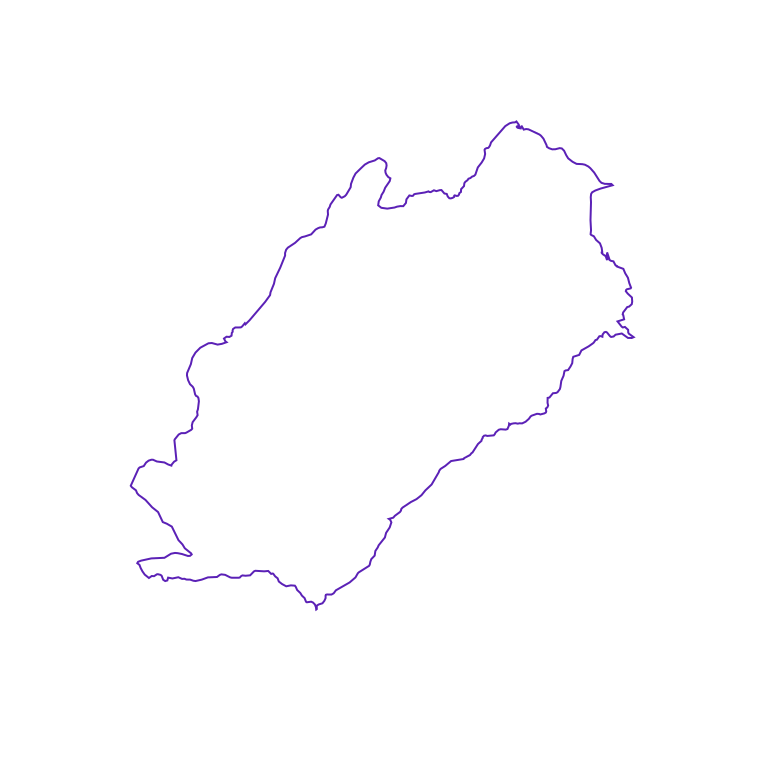 Sibaté, Cundinamarca, Colombia (Mercator projection), rotated 38°
{"feature_id": "7082276B14129572791047", "entity_name": "Sibaté", "entity_type": "district", "adm_level": 2, "iso_a3": "COL", "parent_name": "Colombia", "parent_adm1": "Cundinamarca", "projection": "mercator", "projection_center": [-74.26, 4.462], "detail": "fine", "context": "isolated", "style": "outline", "palette": "violet", "viewbox_px": 768, "rotation_deg": 38, "n_neighbors": 0, "source": "geoboundaries", "source_scale": "gbopen_adm2", "svg_char_len": 6112}
<svg xmlns="http://www.w3.org/2000/svg" viewBox="0 0 768 768"><g transform="rotate(38 384 384)"><path d="M469.4,603.4L469.6,602.7L468.0,600.8L467.6,599.7L468.3,597.9L470.5,594.7L470.5,591.6L469.8,588.7L468.3,586.8L468.0,585.9L468.6,585.0L472.2,582.3L472.9,580.7L473.2,579.8L473.1,576.2L479.1,561.5L480.6,554.0L479.9,549.2L480.1,547.9L484.2,536.5L484.0,535.1L482.7,532.5L481.8,529.8L482.3,525.0L480.0,520.9L479.7,516.7L479.1,514.4L479.2,504.4L477.3,500.0L476.8,493.5L475.0,488.5L472.5,487.2L470.9,487.3L473.6,483.6L473.7,481.2L475.4,475.0L475.3,473.3L474.6,472.0L474.7,470.0L477.8,460.6L480.5,454.7L482.0,448.5L482.1,442.3L483.4,433.9L481.5,419.9L480.9,418.1L480.9,416.0L482.7,410.9L484.3,403.4L492.9,394.1L492.8,393.1L495.5,387.0L495.5,384.7L495.9,383.5L495.0,373.4L495.8,368.8L495.2,367.6L495.0,365.8L494.5,365.1L494.7,363.1L495.8,361.9L497.3,361.4L502.1,356.9L502.2,355.5L501.8,353.4L502.6,349.4L503.8,347.8L508.0,345.0L509.0,343.5L508.1,340.0L507.0,338.2L508.6,338.2L508.7,337.2L510.4,335.2L511.8,333.9L513.8,332.9L515.0,331.5L517.1,330.0L518.8,326.6L519.6,322.3L519.5,319.3L519.9,318.0L522.9,313.3L524.7,312.1L525.9,311.8L528.5,308.4L529.1,306.8L528.7,305.7L526.6,303.7L527.1,302.0L526.6,299.9L524.5,298.2L521.5,294.2L522.7,292.8L522.8,287.3L525.1,285.1L525.8,283.7L525.7,279.7L524.9,277.8L521.8,272.4L520.4,266.9L518.3,262.8L518.7,261.6L520.5,259.7L520.2,255.5L519.5,251.7L517.2,248.1L516.4,246.0L519.9,240.9L518.9,236.0L522.1,228.3L523.6,223.3L523.8,222.2L523.6,219.2L524.5,218.0L524.3,213.8L525.2,212.9L527.0,212.3L525.8,210.4L525.8,207.5L526.8,206.3L528.0,206.1L532.8,207.2L534.0,207.1L535.7,205.2L536.1,202.6L540.3,197.8L547.9,197.5L550.9,195.2L551.9,193.4L546.0,193.6L544.8,193.1L543.0,191.0L538.7,190.7L537.4,192.4L536.0,192.5L529.5,190.9L533.4,185.2L530.1,182.4L529.3,182.3L528.4,180.4L528.3,173.6L529.5,172.1L530.1,168.6L528.9,166.3L526.1,163.2L520.3,162.7L517.4,162.0L516.9,160.8L517.1,159.8L519.5,156.8L519.4,156.0L515.2,153.5L510.8,150.1L506.0,148.3L501.7,145.9L495.3,148.0L495.0,148.0L494.9,147.6L493.3,147.9L489.3,146.1L487.0,147.2L485.5,147.4L479.5,143.4L479.3,143.7L479.8,144.2L480.4,146.5L481.6,146.7L482.8,147.7L483.2,148.2L482.8,148.6L480.0,146.8L476.6,147.0L474.9,146.7L474.5,146.3L474.8,145.7L471.7,142.7L467.6,140.2L462.5,139.9L458.4,138.4L455.5,139.0L454.6,138.8L452.5,135.4L445.8,127.7L435.2,113.3L431.9,109.5L430.2,106.7L430.0,104.8L431.4,101.4L434.4,96.6L441.8,86.6L439.9,86.4L434.9,90.3L431.5,91.6L428.8,91.3L419.5,88.0L413.7,86.9L411.1,86.8L407.3,87.5L404.9,88.7L400.2,92.0L395.8,92.8L390.2,92.8L386.7,91.5L382.3,89.3L379.1,88.9L377.2,90.0L374.5,93.5L372.1,95.5L368.9,96.6L366.4,96.8L365.0,95.7L358.6,92.5L354.8,91.7L352.9,91.7L341.0,94.4L339.0,95.6L337.5,97.5L333.9,96.1L333.6,96.6L334.4,98.4L331.9,99.7L331.0,99.8L330.3,99.6L330.3,98.8L331.7,97.7L330.6,96.7L326.7,95.6L326.2,97.1L324.2,98.9L322.5,101.2L320.8,106.1L319.6,127.7L320.7,130.8L320.9,133.1L320.7,133.9L319.5,135.1L318.9,136.6L319.1,137.6L322.1,140.5L324.0,144.6L324.6,149.3L324.6,155.6L327.1,162.8L326.8,164.7L325.7,166.4L325.3,168.5L324.2,170.2L324.3,172.1L323.6,174.6L323.7,176.3L325.2,178.8L324.8,183.0L326.4,185.3L325.9,187.3L326.5,188.6L326.5,190.0L325.6,191.0L323.6,191.8L323.4,192.3L324.1,193.4L323.5,195.0L322.4,196.6L321.1,197.4L318.8,197.0L316.4,195.6L314.3,196.7L309.9,195.8L308.7,196.8L306.5,199.8L304.1,200.6L302.7,204.0L301.5,204.8L300.5,204.8L298.3,207.9L291.5,215.1L290.9,216.1L291.0,217.7L290.3,218.6L287.9,219.8L288.0,224.7L289.8,227.8L289.7,232.0L287.4,233.7L285.1,236.2L283.7,238.4L278.6,243.8L273.4,246.8L269.4,246.8L267.4,243.3L266.7,239.0L265.7,236.6L265.3,232.7L264.1,228.6L263.6,220.6L262.4,218.0L260.0,218.3L257.1,217.6L255.1,216.5L253.5,214.9L252.8,212.6L251.5,210.2L249.8,208.6L247.3,208.0L241.3,208.8L240.3,209.8L239.1,213.5L235.5,218.7L233.8,222.9L233.0,228.2L232.0,235.6L232.8,240.2L234.8,246.6L236.6,249.5L237.7,258.1L237.5,260.2L236.1,263.2L234.9,263.5L231.6,262.9L230.7,264.0L231.3,275.5L232.2,277.9L232.5,280.8L233.1,282.2L235.6,285.0L239.3,293.4L240.2,296.7L238.9,298.5L237.2,300.0L236.1,301.8L235.0,304.5L234.5,310.9L230.9,316.3L228.9,318.8L228.2,320.5L227.0,327.6L224.3,335.7L224.2,338.4L225.4,341.7L227.0,343.7L230.6,356.2L233.1,367.6L235.6,372.8L238.1,381.6L239.5,384.1L239.8,392.6L238.8,416.6L238.1,422.3L236.9,421.8L236.8,426.0L236.3,427.6L232.0,431.0L231.2,433.5L231.7,435.0L232.6,436.0L232.6,437.4L234.1,439.8L233.2,442.1L230.8,443.7L229.9,446.7L232.7,448.0L234.2,448.0L231.5,452.2L228.6,455.4L223.1,457.7L220.6,460.0L216.9,468.5L216.1,475.3L216.9,481.6L219.6,487.3L222.1,496.6L223.5,498.6L227.3,501.6L231.3,503.6L234.9,503.9L236.9,504.7L241.6,508.5L243.4,509.1L244.7,508.7L246.4,509.3L248.8,511.6L252.9,518.4L253.8,520.9L256.3,523.3L256.6,525.8L256.7,531.9L258.1,535.0L260.4,537.3L260.3,538.8L258.2,544.0L257.4,545.3L254.5,547.5L253.3,550.2L253.2,556.5L253.5,557.4L267.4,571.9L266.4,574.5L266.3,578.3L266.7,579.2L263.5,580.3L259.3,581.0L252.7,584.9L248.6,585.9L247.3,586.9L245.7,589.3L244.9,592.4L245.2,596.6L242.8,600.2L242.6,601.7L247.1,620.1L248.9,620.6L254.0,620.5L256.6,622.0L259.0,622.5L267.4,622.2L277.1,623.9L284.8,624.0L294.7,629.0L298.9,627.8L304.6,627.0L318.2,633.6L324.0,634.5L328.2,636.1L336.3,636.2L337.4,636.7L336.9,638.9L335.4,640.2L329.4,642.4L325.6,644.3L323.3,645.8L320.7,648.8L318.0,656.1L308.0,664.7L301.3,672.8L299.7,675.5L299.9,677.1L302.7,677.1L305.5,678.8L309.1,680.4L312.8,681.5L318.2,681.6L319.2,678.3L321.1,677.0L322.2,673.8L322.9,673.1L325.4,672.0L326.8,672.0L330.5,674.2L332.9,674.0L334.2,672.2L333.1,669.5L337.0,667.5L340.9,662.9L344.9,661.9L346.7,660.3L348.6,659.8L351.7,657.5L354.9,656.4L356.8,655.3L360.8,650.4L364.3,644.8L371.2,638.9L372.2,635.4L373.1,634.1L376.3,632.2L381.8,631.1L383.3,630.4L389.0,625.9L389.5,625.3L389.7,623.3L390.3,622.0L393.0,620.3L396.3,617.2L396.9,611.7L397.6,610.4L404.9,605.4L407.9,602.6L412.0,603.1L412.8,602.0L413.5,601.7L416.7,602.6L419.8,602.6L422.7,604.4L426.8,604.4L431.5,603.6L434.6,600.0L437.9,597.8L439.4,598.2L442.4,599.8L446.7,600.2L449.6,601.3L453.2,601.6L456.6,603.6L457.6,603.5L460.6,600.4L462.6,599.9L465.3,600.3L467.8,601.8L469.4,603.4Z" fill="none" stroke="#5b21b6" stroke-width="2"/></g></svg>